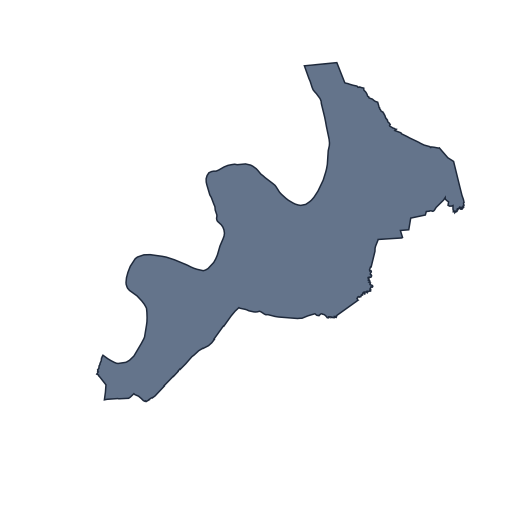 the district of Naujenes pag., Daugavpils, Latvia, rotated 137°
{"feature_id": "27541924B441018999347", "entity_name": "Naujenes pag.", "entity_type": "district", "adm_level": 2, "iso_a3": "LVA", "parent_name": "Latvia", "parent_adm1": "Daugavpils", "projection": "orthographic", "projection_center": [26.722, 55.924], "detail": "fine", "context": "isolated", "style": "filled", "palette": "slate", "viewbox_px": 512, "rotation_deg": 137, "n_neighbors": 0, "source": "geoboundaries", "source_scale": "gbopen_adm2", "svg_char_len": 5979}
<svg xmlns="http://www.w3.org/2000/svg" viewBox="0 0 512 512"><g transform="rotate(137 256 256)"><path d="M231.0,348.1L233.7,349.0L236.9,348.2L239.8,346.5L242.0,344.0L243.3,341.8L248.1,332.2L248.8,329.2L251.4,322.9L252.4,320.1L254.5,317.4L256.5,313.0L257.3,311.9L259.1,310.5L260.0,309.2L260.5,307.7L260.4,306.1L260.1,302.6L260.5,299.8L261.6,297.0L263.5,294.2L265.7,292.4L268.7,290.9L275.5,287.9L283.5,283.1L287.3,281.4L291.3,280.1L299.7,279.5L302.6,280.2L304.6,281.2L308.2,286.5L309.8,289.4L311.2,292.6L312.4,296.0L318.2,308.8L322.4,316.4L324.8,319.7L332.5,329.2L337.2,333.3L343.4,336.1L346.1,336.4L355.0,334.2L360.8,331.4L365.6,328.4L369.1,325.3L370.3,323.8L371.5,321.2L371.9,319.9L372.0,317.1L370.2,308.0L370.2,300.9L370.6,296.9L371.1,294.7L371.7,292.5L374.3,289.1L377.8,285.1L380.7,282.2L383.5,279.9L392.7,272.8L394.4,272.0L399.3,270.3L413.5,266.1L419.6,266.0L423.2,266.8L424.0,267.2L430.1,271.4L431.2,272.7L432.2,274.9L433.4,278.3L434.4,281.7L435.6,287.8L437.4,287.2L438.0,286.7L438.6,286.7L440.7,284.9L443.4,283.8L443.8,283.3L444.7,282.9L445.6,282.7L447.6,281.0L449.4,280.8L449.6,280.2L450.5,279.7L450.6,279.3L450.4,278.8L453.0,278.2L452.3,276.3L452.7,275.8L452.8,275.3L452.7,274.7L453.6,264.1L459.0,259.1L465.0,254.2L462.7,252.8L454.3,246.0L453.8,245.2L446.2,238.8L444.2,238.5L439.2,238.6L439.1,237.2L437.5,233.6L437.1,229.9L437.0,227.1L436.4,225.6L435.6,225.4L435.7,224.5L432.3,223.7L432.3,224.0L429.7,223.6L428.6,223.3L428.6,222.9L425.2,222.5L422.4,222.7L411.8,223.4L411.8,223.8L398.5,224.5L398.5,224.2L391.6,224.7L391.5,225.0L388.6,225.3L388.7,224.8L380.9,225.1L371.5,226.1L368.9,225.8L362.5,225.8L357.8,224.8L357.8,224.5L351.9,222.8L347.6,222.7L343.3,223.4L343.4,223.9L328.9,226.8L327.5,227.0L327.4,226.6L315.2,229.1L308.9,229.9L303.7,229.9L303.4,228.8L300.3,224.4L299.4,222.8L298.6,220.8L295.7,216.6L294.6,215.4L293.0,214.2L291.1,213.2L290.4,211.7L289.5,207.9L288.9,206.4L287.2,204.9L283.3,198.8L281.1,196.0L268.2,181.9L266.6,180.7L264.8,179.1L259.0,176.9L252.3,173.6L252.0,171.2L251.6,170.6L250.9,170.0L250.7,169.4L248.4,169.5L247.2,168.9L247.0,168.0L246.0,166.5L245.8,164.0L246.0,162.3L245.5,161.7L245.2,161.9L245.0,161.7L245.1,161.3L244.9,161.2L244.5,161.3L244.2,161.8L243.9,161.5L244.1,161.2L243.3,161.1L242.9,160.4L243.1,159.9L242.5,159.9L242.3,159.0L241.8,159.0L241.2,158.5L241.2,158.3L241.0,158.1L241.1,157.9L241.1,157.6L240.4,157.7L240.1,157.4L239.8,158.0L239.7,157.8L239.7,157.5L239.4,157.6L239.5,157.0L239.2,156.4L237.3,157.4L211.8,154.1L212.0,154.4L211.2,155.0L211.2,155.6L211.1,156.1L210.2,156.2L209.8,156.6L208.7,156.4L208.6,155.5L208.0,155.5L207.3,154.8L207.1,154.7L205.4,155.7L205.2,155.5L205.0,154.9L204.4,154.8L203.8,155.7L203.2,156.0L202.5,156.1L202.1,155.8L202.5,154.6L202.4,154.0L202.0,154.1L201.3,155.7L200.5,154.9L199.9,154.7L199.8,153.3L199.6,153.4L199.0,154.4L198.7,154.5L198.3,153.4L197.5,153.1L196.1,153.2L196.4,152.4L196.1,152.2L195.0,153.2L195.3,154.0L194.7,154.4L193.5,154.5L193.1,155.0L192.8,154.9L192.2,153.9L191.5,154.0L191.1,154.5L191.0,155.1L191.3,155.8L192.1,157.3L192.0,157.6L190.7,158.3L191.0,158.7L190.8,159.2L191.1,159.7L190.2,159.6L189.9,159.8L189.7,160.5L189.7,160.9L190.3,161.3L190.5,161.5L190.4,161.8L189.4,161.7L189.2,162.2L189.3,162.9L188.9,163.7L188.5,163.8L188.4,162.9L187.9,162.8L187.6,163.1L187.3,163.1L186.9,162.4L186.5,162.2L186.0,162.1L184.9,162.7L184.6,163.8L185.0,164.2L185.0,164.5L183.9,165.5L182.5,165.7L182.0,166.4L182.0,167.1L183.0,167.5L182.4,168.5L179.7,169.9L179.4,169.9L179.2,169.5L165.8,178.3L163.6,180.5L161.9,181.6L155.6,184.6L155.4,184.8L137.1,169.8L136.2,169.6L133.0,176.2L126.4,171.0L117.0,178.2L104.2,170.5L101.1,172.4L98.6,170.5L97.9,170.4L97.0,169.4L96.3,168.2L95.4,167.8L94.0,167.9L91.1,168.7L80.6,169.0L77.8,169.7L78.8,168.5L78.6,166.0L78.2,164.3L81.0,162.1L80.4,160.4L78.9,159.1L77.5,158.6L80.1,155.8L80.3,155.1L81.2,154.2L80.8,153.7L81.0,153.6L80.0,153.3L81.0,152.1L79.5,152.2L79.2,152.1L79.3,151.8L79.1,151.6L78.2,151.7L77.6,152.5L76.8,152.1L76.4,152.4L76.5,152.7L76.9,152.8L76.9,153.0L76.5,153.2L75.9,152.5L74.9,152.0L74.9,152.3L74.6,152.1L74.3,152.7L73.8,152.9L73.4,152.2L73.4,151.9L72.8,151.8L72.8,151.5L73.0,151.3L73.2,151.6L73.7,151.2L73.9,151.4L74.3,151.3L74.3,150.5L73.8,150.1L73.8,150.4L73.6,150.6L72.7,150.0L72.2,149.9L72.0,150.5L71.7,150.5L71.2,150.9L71.2,150.4L71.0,150.2L70.8,150.7L70.8,151.1L70.7,151.2L69.7,150.9L69.1,151.4L69.1,151.9L68.1,153.2L67.8,153.4L67.3,153.3L65.8,155.8L64.0,159.9L60.2,166.8L47.0,190.4L48.7,197.0L48.2,210.1L48.9,210.4L51.6,214.1L53.3,216.1L54.2,216.1L54.4,216.4L54.2,216.9L54.2,217.3L57.4,222.5L58.9,226.4L59.4,228.1L63.3,238.0L63.8,239.7L66.2,246.0L66.0,247.3L68.9,253.0L67.0,253.0L67.8,254.2L67.9,255.1L68.5,256.0L69.6,259.8L69.2,260.5L68.2,260.6L67.9,262.3L68.1,264.0L67.6,265.3L67.2,265.6L67.1,265.9L67.3,266.8L67.0,267.1L67.2,268.1L66.8,268.6L66.8,269.2L66.1,270.3L66.0,271.0L65.7,271.6L65.8,271.9L65.7,272.2L65.3,273.0L65.2,273.7L65.3,274.3L65.0,274.9L65.4,275.4L65.4,276.1L65.7,276.7L65.2,278.2L65.3,278.6L65.0,279.6L64.6,279.8L64.6,280.9L63.9,282.0L62.1,285.5L63.1,287.3L63.6,288.7L63.9,291.4L65.2,293.9L65.5,294.9L65.0,295.4L65.4,296.7L64.5,298.6L64.1,300.2L63.9,301.5L64.0,303.2L63.9,303.9L62.7,305.3L64.0,307.2L64.7,308.6L64.8,308.5L66.4,309.8L66.1,310.5L66.4,311.6L68.5,314.6L70.4,317.8L71.2,319.4L72.6,321.4L72.9,322.2L65.0,342.3L90.9,362.1L96.2,349.8L97.3,346.7L99.9,341.2L100.9,338.6L101.1,336.1L101.1,333.6L101.8,327.4L102.8,324.8L104.2,323.0L111.1,310.7L113.7,306.5L116.1,302.8L123.0,291.4L125.2,288.5L127.2,286.6L131.3,283.8L141.4,274.3L144.9,271.7L147.5,270.0L155.2,265.6L166.4,261.2L173.6,259.4L177.5,259.0L179.7,259.1L184.4,259.8L188.8,262.5L190.4,264.6L191.9,267.2L192.8,269.6L194.3,274.7L194.8,277.8L195.3,283.8L195.3,286.6L194.1,292.9L193.9,294.7L194.3,297.8L195.9,307.1L196.1,309.6L196.6,312.7L196.3,317.3L196.3,319.7L197.1,323.8L197.9,326.1L200.9,330.5L207.5,335.6L209.0,337.7L211.3,339.3L214.7,341.4L218.6,342.9L224.6,344.3L227.4,345.3L229.2,347.0L231.0,348.1Z" fill="#64748b" stroke="#1e293b" stroke-width="1.5"/></g></svg>